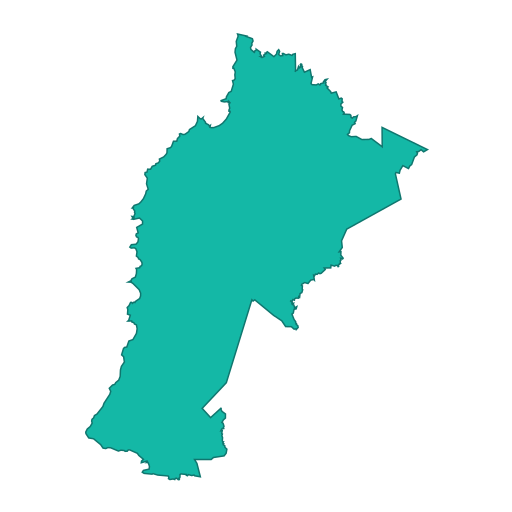 the district of Gisborne District, Gisborne District, New Zealand, rotated 179°
{"feature_id": "76426892B94592608071475", "entity_name": "Gisborne District", "entity_type": "district", "adm_level": 2, "iso_a3": "NZL", "parent_name": "New Zealand", "parent_adm1": "Gisborne District", "projection": "albers", "projection_center": [178.076, -38.254], "detail": "fine", "context": "isolated", "style": "filled", "palette": "teal", "viewbox_px": 512, "rotation_deg": 179, "n_neighbors": 0, "source": "geoboundaries", "source_scale": "gbopen_adm2", "svg_char_len": 6066}
<svg xmlns="http://www.w3.org/2000/svg" viewBox="0 0 512 512"><g transform="rotate(179 256 256)"><path d="M82.7,359.4L127.7,382.4L127.9,363.0L138.7,371.5L140.9,370.6L148.1,370.6L153.8,373.8L158.7,373.6L161.5,374.8L162.4,376.0L160.4,377.6L160.3,379.6L157.6,385.1L154.6,386.6L155.2,387.9L153.8,389.2L152.2,394.5L153.6,393.6L156.1,393.4L157.2,392.2L158.5,392.8L158.7,395.0L159.7,395.9L166.1,396.3L165.3,397.5L165.9,398.7L166.8,398.9L167.5,400.6L166.9,403.0L168.5,404.4L168.5,406.4L166.5,408.3L167.3,409.0L167.1,411.7L168.0,412.4L170.4,411.6L173.0,418.7L177.9,417.5L178.5,419.1L182.0,422.8L181.0,423.8L183.4,425.5L183.0,426.6L183.6,427.6L183.0,428.3L183.9,429.3L181.9,431.5L183.9,431.1L185.6,428.9L185.5,427.9L188.3,427.2L189.1,425.9L190.8,427.0L192.7,426.0L196.9,426.3L198.0,427.5L196.3,434.1L197.3,433.7L198.6,441.4L204.9,438.7L204.5,439.2L206.5,443.5L206.2,444.7L207.2,445.9L206.9,446.8L207.7,447.3L208.4,446.4L207.5,445.4L208.4,444.9L208.1,444.2L209.5,443.3L210.2,444.7L211.3,441.3L213.1,440.5L213.6,439.4L213.2,441.4L213.2,457.6L215.7,457.0L216.5,455.9L219.7,457.2L222.6,456.6L225.3,458.1L226.1,458.0L225.8,455.9L228.0,455.6L229.8,457.1L228.8,460.2L229.7,461.9L231.3,460.3L232.0,457.5L234.6,455.0L241.1,460.0L242.1,459.3L242.0,458.3L243.3,458.6L243.2,457.8L244.9,456.7L244.1,455.4L246.6,454.3L247.9,455.2L246.8,455.2L248.4,458.1L248.0,459.7L252.1,462.7L252.0,462.1L254.3,460.6L253.9,460.0L254.2,459.6L257.6,462.7L257.8,464.8L256.3,467.0L256.5,468.8L255.2,471.0L255.8,473.3L262.0,475.7L261.5,476.1L270.6,478.3L270.0,476.2L272.0,470.9L271.6,466.0L273.0,463.6L273.4,460.0L271.6,452.2L275.8,445.7L275.8,444.1L275.0,444.2L273.5,440.5L274.0,437.5L273.7,433.7L275.1,432.0L276.4,431.8L275.6,428.2L277.9,421.1L280.3,419.9L282.8,415.7L283.1,413.8L288.2,412.0L288.0,411.3L285.0,410.6L281.5,410.9L281.1,409.9L280.0,410.0L280.1,410.6L279.3,409.7L280.4,408.2L279.7,404.2L280.5,402.4L280.5,401.2L279.4,401.1L279.3,400.3L283.3,393.4L287.1,389.3L290.5,387.0L296.0,385.1L298.5,385.1L299.8,385.5L299.4,387.3L300.3,386.6L301.1,388.0L304.1,389.6L304.1,390.5L306.9,394.5L306.6,395.3L308.2,394.0L309.4,394.2L311.7,396.5L312.2,391.6L314.3,387.3L320.3,383.6L321.0,381.6L324.9,378.9L326.8,378.7L329.3,379.8L330.4,379.3L330.1,377.2L332.5,374.8L333.2,372.2L336.5,372.2L338.5,367.0L339.7,365.8L343.0,364.8L343.2,360.8L344.0,359.3L346.5,356.7L350.9,354.6L350.6,352.5L352.1,350.8L354.5,350.0L354.9,348.5L358.2,347.5L359.9,344.6L362.8,344.7L363.5,341.8L365.4,341.4L365.7,339.3L363.3,335.7L364.2,330.1L362.6,324.6L364.6,322.8L365.2,320.1L367.6,315.2L370.3,311.9L372.2,310.2L376.9,308.7L378.8,306.3L377.8,306.4L378.1,305.6L376.4,303.0L376.7,301.8L376.2,300.5L377.3,298.1L377.3,294.9L371.8,296.0L368.8,293.0L368.9,289.9L374.8,286.7L373.4,281.2L375.3,280.2L375.7,278.7L375.1,277.2L373.7,276.6L373.2,275.4L373.8,272.2L375.7,269.9L380.4,269.5L382.0,267.1L380.7,266.1L377.4,266.3L376.0,265.3L374.9,262.3L375.6,258.0L373.8,256.5L373.5,255.2L371.9,254.4L370.2,251.6L370.0,249.8L370.6,248.3L372.1,247.6L372.5,246.3L376.2,245.7L375.6,244.5L375.9,240.5L377.0,237.0L380.4,235.4L381.3,233.9L381.1,232.5L382.2,233.1L384.1,232.2L381.4,232.0L379.4,230.6L373.4,224.4L372.0,220.8L372.1,218.0L373.1,215.5L377.6,212.5L377.8,211.6L379.1,211.9L380.4,210.8L381.1,211.8L382.2,211.8L383.8,208.6L385.7,206.7L385.1,204.6L385.5,200.1L382.7,199.0L384.4,193.9L385.2,193.2L381.4,193.2L381.2,192.1L379.3,191.5L378.7,190.1L376.8,189.3L376.1,185.4L376.9,180.7L380.5,174.6L384.6,173.2L386.8,167.2L389.0,166.9L390.1,165.8L392.1,159.5L390.1,157.6L389.5,152.6L389.1,152.8L392.5,148.0L393.5,144.5L393.9,138.0L395.4,134.3L398.4,131.9L399.5,130.1L401.7,129.5L405.0,126.3L403.6,123.2L404.6,120.2L410.5,111.5L411.7,108.2L417.8,100.7L420.3,99.3L421.2,96.9L422.8,95.6L423.2,93.8L422.7,91.8L424.7,88.4L427.7,86.0L429.3,82.9L429.1,81.3L426.4,77.0L421.6,76.1L414.6,70.1L412.3,66.6L409.6,66.1L407.5,67.0L404.7,66.8L397.0,63.4L394.4,64.2L391.1,63.8L390.3,63.0L388.1,63.1L387.1,64.3L385.6,64.3L378.1,60.8L376.6,58.6L372.1,54.7L374.0,53.0L374.3,51.3L368.5,52.9L368.1,51.8L368.7,51.4L367.6,51.4L366.7,49.3L366.2,47.3L366.6,44.8L372.3,43.6L373.5,41.8L371.7,40.6L363.7,39.7L362.8,40.2L358.1,38.7L347.7,37.6L347.0,36.4L347.4,34.9L346.0,34.0L342.8,34.5L341.1,33.9L340.6,35.0L339.3,35.2L337.6,33.7L336.6,33.8L336.4,34.4L337.1,35.0L335.9,36.1L335.8,38.9L334.8,39.4L329.4,38.8L329.5,38.0L328.4,37.5L327.3,38.6L324.1,37.6L321.8,38.1L321.2,37.3L315.5,36.2L318.7,49.7L321.0,53.6L304.4,53.3L302.0,55.3L291.4,56.7L289.3,59.3L288.5,63.4L290.4,65.2L290.5,66.8L292.1,67.9L291.5,68.9L292.5,69.5L291.9,70.7L292.5,70.6L292.9,72.1L292.6,75.0L293.3,77.0L292.7,78.6L293.4,79.1L292.8,82.0L294.2,81.8L293.0,83.9L291.4,84.1L291.8,84.7L291.0,86.0L291.2,87.2L291.9,89.4L293.0,90.1L291.5,92.7L289.4,94.5L289.3,98.6L292.8,101.3L293.8,103.6L293.3,104.8L304.2,95.2L312.5,104.6L287.9,129.8L260.9,212.3L259.7,211.0L258.0,212.2L239.4,196.3L231.4,190.8L227.6,184.9L221.9,184.7L219.2,182.2L217.4,182.5L217.1,181.7L215.1,183.8L215.4,185.6L217.0,187.0L216.7,187.7L217.5,188.4L217.5,189.7L219.0,191.7L221.1,197.3L219.7,198.3L218.9,202.1L216.8,202.4L216.1,204.7L218.3,203.6L219.0,206.3L220.3,206.8L219.3,208.1L220.8,208.0L220.5,208.8L222.6,210.8L220.7,209.9L219.9,211.8L218.4,211.2L218.3,212.3L216.9,213.2L214.1,213.1L214.0,214.7L213.1,214.1L212.6,217.7L210.8,218.6L209.9,221.5L210.4,222.1L210.1,225.3L211.1,225.9L210.6,227.0L207.8,228.6L204.5,227.6L201.7,230.9L198.7,231.5L198.1,230.9L198.7,235.7L197.9,235.1L196.9,236.8L195.2,236.6L193.6,237.9L192.4,237.2L191.1,237.6L187.0,241.3L188.0,242.8L181.5,242.8L181.1,245.6L177.6,244.5L176.3,245.3L174.8,245.1L174.1,243.9L173.6,244.1L173.8,245.5L171.9,246.9L172.3,247.0L171.8,247.4L171.8,250.0L171.1,250.4L171.4,252.3L169.5,251.5L168.9,252.3L171.2,255.4L171.0,258.9L172.8,258.7L169.6,263.0L170.2,269.7L164.8,281.3L110.0,310.4L115.2,335.7L114.6,337.1L111.2,336.3L110.5,339.2L107.6,343.8L102.0,340.8L100.6,343.4L98.8,344.7L95.9,352.2L93.3,354.3L92.8,355.9L93.5,357.4L91.7,357.5L89.1,359.4L86.6,357.2L82.7,359.4ZM378.0,294.9L377.7,297.4L379.3,297.7L378.3,295.9L379.3,295.1L378.0,294.9Z" fill="#14b8a6" stroke="#0f766e" stroke-width="1.5"/></g></svg>